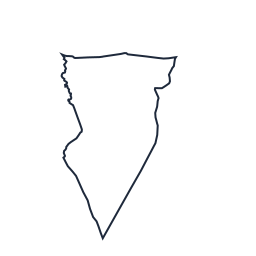 outline of Al Qureisha, Gedarif, Sudan, rotated 248°
{"feature_id": "16777658B80860182226455", "entity_name": "Al Qureisha", "entity_type": "district", "adm_level": 2, "iso_a3": "SDN", "parent_name": "Sudan", "parent_adm1": "Gedarif", "projection": "albers", "projection_center": [36.204, 13.665], "detail": "fine", "context": "isolated", "style": "outline", "palette": "slate", "viewbox_px": 256, "rotation_deg": 248, "n_neighbors": 0, "source": "geoboundaries", "source_scale": "gbopen_adm2", "svg_char_len": 2003}
<svg xmlns="http://www.w3.org/2000/svg" viewBox="0 0 256 256"><g transform="rotate(248 128 128)"><path d="M35.2,63.3L71.6,108.8L83.4,123.8L92.5,134.5L97.8,140.8L100.1,143.5L101.8,145.5L103.6,147.7L110.6,152.5L119.2,156.5L121.4,156.7L122.7,156.9L124.2,157.1L127.5,157.5L131.8,158.9L135.0,161.5L136.6,162.8L137.4,163.3L141.8,165.6L143.6,167.0L144.2,167.5L145.2,167.6L146.5,167.6L147.5,167.5L153.0,167.3L153.8,167.4L154.8,168.1L153.5,171.2L152.2,174.3L152.5,176.1L152.9,178.1L153.1,179.1L154.0,182.9L155.6,184.4L159.2,185.5L162.0,185.9L163.2,187.2L165.4,189.8L167.0,191.5L168.2,193.7L171.8,195.8L174.6,197.5L175.7,199.0L176.0,197.8L177.4,191.9L179.1,186.9L179.5,186.2L181.8,181.9L186.5,173.5L187.3,172.1L196.1,155.9L196.5,155.3L198.0,154.5L198.8,152.7L199.2,150.0L199.6,148.1L203.6,131.6L203.6,131.3L204.4,128.2L208.4,117.5L212.1,106.9L212.2,106.7L212.6,105.5L213.2,104.5L213.9,104.2L215.1,103.5L215.9,102.1L216.0,101.8L216.9,100.0L217.6,98.3L218.5,96.9L219.8,95.4L220.8,94.4L218.7,94.9L216.8,95.4L215.9,94.3L214.2,95.3L212.8,95.9L211.6,94.4L210.6,92.5L209.4,92.5L206.4,92.8L205.6,92.0L205.1,91.2L204.0,91.0L203.1,90.3L203.2,89.2L203.3,88.1L202.5,86.9L201.1,85.9L200.1,86.0L199.4,86.1L198.4,86.7L197.3,87.4L196.3,86.7L195.6,86.8L194.8,87.5L193.6,88.3L192.8,88.4L192.0,87.8L191.7,86.7L191.6,85.8L189.8,85.4L189.7,86.6L189.7,87.4L187.7,87.1L185.8,87.8L184.6,87.0L182.8,87.0L181.8,87.1L181.3,88.0L180.0,87.4L179.5,86.8L178.7,86.8L178.0,86.9L177.0,86.6L176.3,85.9L176.2,84.6L176.7,83.6L176.3,83.0L175.3,83.0L174.8,83.5L174.2,83.6L173.2,83.2L171.1,84.6L169.8,85.6L166.6,85.6L156.4,85.2L149.6,85.0L144.0,84.7L142.7,84.1L141.9,83.6L141.7,82.7L141.6,82.1L141.2,81.5L140.1,80.0L137.7,76.3L136.4,69.9L135.5,66.8L134.4,65.1L133.6,63.7L132.2,63.0L131.3,61.8L130.7,60.2L128.9,59.1L126.8,59.1L125.7,59.1L125.2,58.5L124.7,57.0L122.4,57.2L119.0,57.5L115.1,57.9L108.3,60.3L103.0,61.9L85.2,62.5L76.0,63.5L67.2,62.5L58.5,62.3L53.2,63.9L48.1,63.8L40.5,63.4L35.2,63.3Z" fill="none" stroke="#1e293b" stroke-width="2"/></g></svg>